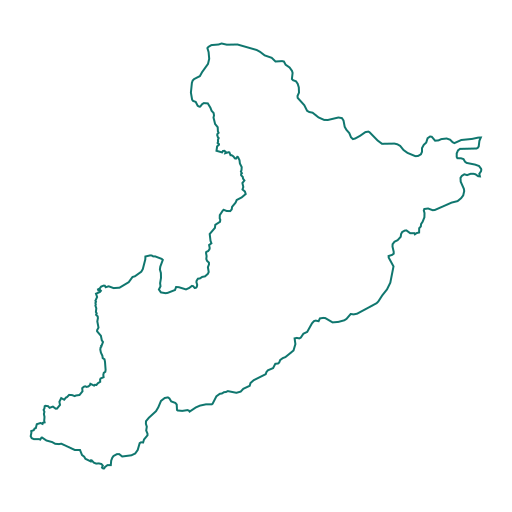 the district of Norcasia, Caldas, Colombia
{"feature_id": "7082276B5285222782638", "entity_name": "Norcasia", "entity_type": "district", "adm_level": 2, "iso_a3": "COL", "parent_name": "Colombia", "parent_adm1": "Caldas", "projection": "orthographic", "projection_center": [-74.881, 5.638], "detail": "fine", "context": "isolated", "style": "outline", "palette": "teal", "viewbox_px": 512, "rotation_deg": 0, "n_neighbors": 0, "source": "geoboundaries", "source_scale": "gbopen_adm2", "svg_char_len": 6000}
<svg xmlns="http://www.w3.org/2000/svg" viewBox="0 0 512 512"><path d="M208.4,46.9L207.4,48.1L208.6,52.1L209.2,58.8L208.0,63.9L202.1,72.1L199.9,76.1L194.2,79.0L192.7,80.5L191.9,82.8L190.9,92.6L192.1,99.6L193.0,100.9L195.7,101.9L197.7,105.8L199.4,106.7L200.2,106.6L202.1,104.2L203.8,103.1L207.8,103.4L210.4,107.7L211.6,110.8L213.6,113.0L214.0,115.4L213.5,117.6L214.1,119.9L215.1,124.0L217.7,127.2L217.9,131.3L218.6,132.8L217.4,134.0L217.2,135.1L218.0,137.5L218.7,138.1L217.9,139.9L218.1,141.4L217.6,143.0L218.9,144.0L219.0,144.7L217.1,146.4L216.5,150.8L222.1,152.4L222.9,151.0L224.4,150.8L225.7,151.9L225.3,153.2L228.6,152.2L229.4,152.4L230.5,155.2L231.6,155.2L233.4,156.4L234.9,158.4L236.0,158.6L237.3,156.8L238.0,157.1L239.5,160.2L239.9,163.5L241.7,167.1L241.5,170.1L240.9,171.6L241.9,173.2L241.1,174.0L241.2,175.3L242.8,177.0L243.0,178.6L244.4,180.5L242.4,183.0L243.3,187.0L242.5,189.5L244.9,191.5L245.7,194.0L241.7,197.4L236.7,200.0L235.6,202.6L232.1,206.8L231.7,209.4L230.2,211.1L226.7,211.0L223.6,209.8L222.7,210.7L219.8,215.1L219.7,218.3L220.3,219.8L220.0,221.8L215.3,224.8L214.9,227.9L209.7,234.0L210.5,240.8L211.4,243.3L209.1,245.0L209.7,248.1L209.4,249.4L208.1,251.1L206.3,251.9L206.0,252.9L206.6,256.1L206.3,259.0L207.0,260.8L208.9,262.6L209.0,264.3L207.9,267.2L208.7,272.0L207.9,273.8L205.0,276.4L202.2,276.9L200.0,278.4L197.9,278.7L196.6,280.8L196.4,282.1L197.2,284.9L196.8,286.8L195.9,287.8L194.7,288.0L193.2,286.2L191.9,285.9L189.3,287.9L186.0,289.4L178.8,287.2L176.1,287.0L175.0,290.0L167.6,292.9L165.6,293.2L160.9,292.4L158.9,289.5L160.5,286.3L160.1,283.2L161.0,277.9L160.9,273.0L159.9,269.5L160.3,266.6L162.8,259.9L161.7,258.9L155.2,256.4L153.2,256.4L151.7,255.5L150.1,255.4L145.4,256.5L145.3,259.4L142.8,269.1L141.3,271.7L134.9,276.3L132.5,277.0L128.7,282.2L119.5,287.7L113.6,288.1L108.7,286.3L105.7,287.2L104.8,285.7L103.7,285.6L101.1,286.6L99.7,288.5L98.0,289.4L98.3,290.3L100.2,290.0L100.9,290.8L99.9,292.0L96.0,293.7L97.1,297.0L95.4,300.8L96.0,301.8L95.4,303.0L95.8,304.5L95.4,305.6L96.3,308.3L95.9,312.0L96.7,313.3L96.1,314.8L97.7,316.4L97.9,318.2L97.3,321.4L98.5,327.6L97.1,330.2L97.1,331.3L100.9,335.8L101.8,340.3L103.0,342.0L101.8,345.2L101.2,345.7L101.4,346.6L100.6,347.5L100.3,349.6L100.9,352.6L102.4,355.8L102.7,358.1L104.5,359.3L105.0,361.9L105.6,369.9L105.3,371.8L103.8,372.8L103.3,374.8L103.6,377.2L100.6,378.5L100.1,379.5L100.2,381.8L97.9,383.2L96.4,385.0L94.9,384.8L94.1,385.6L90.4,383.8L89.9,385.2L88.3,386.5L86.5,386.9L85.2,386.3L83.7,386.8L82.2,388.2L82.5,391.3L79.5,395.0L75.9,395.5L74.7,396.1L72.1,395.1L69.1,394.9L67.0,397.1L66.0,397.5L64.2,399.7L61.2,398.1L59.4,401.8L60.0,404.9L57.0,408.6L55.7,408.7L52.9,406.6L49.6,407.8L48.1,406.2L45.4,405.8L44.7,406.2L44.4,408.5L43.6,409.9L44.4,411.8L43.9,414.0L44.5,416.9L44.2,420.8L44.6,422.4L42.8,422.8L42.5,423.9L40.5,423.0L36.8,424.2L35.8,428.1L34.6,428.5L33.7,430.2L31.2,431.1L31.4,432.7L30.7,436.2L31.7,438.2L33.8,439.1L39.1,439.1L40.2,439.6L41.5,437.6L42.0,437.5L46.4,440.5L52.2,442.1L55.2,443.8L59.0,444.1L61.3,443.7L74.8,450.0L80.0,450.0L82.0,455.0L84.2,456.7L85.4,458.8L90.7,461.4L90.9,460.3L91.6,460.3L93.9,462.7L96.2,463.6L98.8,463.4L101.4,464.0L102.8,465.6L102.0,467.6L103.2,468.5L104.2,468.4L104.9,467.1L107.5,465.1L110.8,465.1L111.2,460.6L112.3,457.7L113.5,456.0L117.0,454.1L119.2,454.1L122.2,456.5L131.4,455.3L135.2,453.5L137.7,450.0L139.7,443.1L141.1,442.3L143.1,442.5L144.0,439.5L147.5,435.3L147.5,433.7L146.2,430.5L146.8,426.7L145.9,423.8L146.0,421.2L148.8,417.8L156.0,411.2L158.3,407.3L161.0,400.9L164.7,398.0L167.9,397.4L169.4,398.4L171.2,401.4L175.3,402.9L176.7,404.5L177.0,409.9L177.7,410.5L182.3,410.9L187.5,410.1L189.0,410.7L189.6,411.6L195.9,407.4L200.0,405.6L206.1,404.3L211.8,404.3L212.6,403.7L216.4,396.3L219.8,393.8L221.9,393.5L224.0,392.2L226.0,392.0L227.8,391.1L236.4,392.8L240.7,391.6L243.3,388.8L249.7,385.8L250.5,383.0L253.7,380.2L265.7,374.2L266.4,372.1L267.9,370.3L273.1,368.1L275.3,363.8L278.1,363.5L279.2,362.5L280.2,360.0L282.8,358.1L285.4,357.1L293.5,350.5L295.4,344.1L294.6,338.4L296.8,337.9L299.3,338.4L300.8,337.6L303.4,333.7L307.2,331.9L312.0,323.3L314.0,321.1L315.7,320.6L318.6,321.2L319.9,318.4L323.3,317.9L325.3,318.1L332.6,322.4L338.4,321.9L344.3,320.3L346.5,318.9L350.7,314.0L353.6,314.4L357.1,313.7L376.6,303.2L378.3,301.5L382.3,295.3L387.0,289.4L390.3,282.7L393.5,266.4L388.7,257.6L388.6,256.0L392.1,254.9L393.7,253.7L393.7,251.8L392.5,246.6L392.6,244.2L394.5,241.7L397.6,240.2L400.7,236.8L401.1,234.0L402.2,232.0L404.7,230.6L406.4,230.4L410.2,233.2L414.4,233.2L414.9,234.3L416.6,233.1L419.1,232.5L419.2,228.2L420.8,226.5L421.1,224.0L422.6,221.8L424.4,217.3L424.5,213.0L423.8,210.5L424.3,209.0L428.1,208.5L432.7,210.2L434.8,210.0L451.6,202.6L457.6,201.1L461.1,198.2L463.2,195.4L464.2,191.1L463.9,188.9L460.7,181.7L460.5,177.9L461.8,175.9L464.3,174.3L467.1,175.1L470.6,173.8L473.5,173.8L475.5,174.3L478.1,176.2L479.9,176.4L479.3,173.8L481.0,171.3L481.3,169.8L481.1,168.8L479.0,166.0L475.1,164.6L466.6,162.9L465.0,161.7L463.5,159.1L461.1,158.3L457.4,158.2L456.7,156.9L456.7,153.4L458.0,150.4L460.0,148.9L476.5,148.5L477.7,147.9L478.7,146.5L479.4,140.8L480.8,137.5L478.2,137.6L472.2,138.9L461.3,140.0L454.4,143.1L452.6,142.2L450.1,139.7L446.6,138.5L441.3,139.1L438.5,140.4L435.1,140.7L431.8,136.8L430.1,136.5L427.6,138.2L426.2,142.6L423.8,144.8L422.0,148.1L422.0,151.8L420.9,154.3L418.2,155.9L416.5,156.1L415.2,156.1L407.5,152.9L403.5,150.0L400.2,145.9L397.4,144.3L394.5,143.6L382.0,143.8L377.6,140.5L369.6,132.3L368.4,131.6L365.4,132.1L360.1,135.8L355.2,138.5L352.9,139.1L351.0,137.3L349.3,133.1L346.4,129.8L344.7,126.8L343.5,120.5L341.9,118.1L338.4,117.5L327.8,120.0L324.1,119.9L318.5,117.4L312.6,112.7L309.2,112.0L307.1,110.8L304.3,105.2L297.7,97.9L297.5,96.0L299.0,92.6L298.8,87.4L297.7,83.8L296.0,81.3L293.0,80.2L291.9,79.0L292.6,72.9L292.0,70.9L289.6,67.5L285.6,64.7L283.9,61.5L282.0,61.1L275.5,61.5L271.7,57.8L264.7,55.4L260.0,51.8L256.7,50.0L237.5,44.5L226.9,44.7L221.6,43.5L218.6,44.5L211.4,45.1L208.4,46.9Z" fill="none" stroke="#0f766e" stroke-width="2"/></svg>